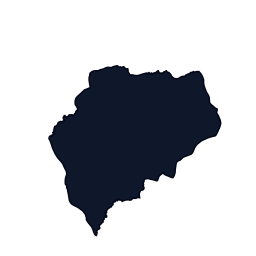 the district of Khongxedone, Saravan, Laos, rotated 323°
{"feature_id": "54806243B74103700383879", "entity_name": "Khongxedone", "entity_type": "district", "adm_level": 2, "iso_a3": "LAO", "parent_name": "Laos", "parent_adm1": "Saravan", "projection": "albers", "projection_center": [105.743, 15.558], "detail": "fine", "context": "isolated", "style": "filled", "palette": "ink", "viewbox_px": 256, "rotation_deg": 323, "n_neighbors": 0, "source": "geoboundaries", "source_scale": "gbopen_adm2", "svg_char_len": 5635}
<svg xmlns="http://www.w3.org/2000/svg" viewBox="0 0 256 256"><g transform="rotate(323 128 128)"><path d="M157.6,74.1L156.9,71.8L153.6,70.3L151.0,69.7L147.9,67.0L146.5,66.6L143.9,66.1L141.0,64.8L138.6,64.3L137.3,63.3L134.8,61.7L132.9,61.3L130.5,61.5L129.3,62.8L127.3,64.3L125.7,66.4L123.8,69.9L123.4,71.0L122.0,73.0L115.8,71.4L115.0,71.6L106.4,72.4L104.2,73.0L102.2,74.5L100.7,76.4L100.3,77.0L100.0,77.8L99.9,79.8L99.5,82.0L99.3,82.5L99.0,82.7L98.7,83.2L98.2,83.5L97.8,83.5L97.4,83.2L97.2,83.2L96.9,83.5L96.0,83.6L95.7,83.8L95.7,84.6L95.4,84.8L94.8,84.8L94.3,84.5L93.8,84.5L93.5,84.7L92.9,85.4L92.4,85.4L92.1,85.2L91.9,84.7L91.7,84.7L91.6,84.9L91.3,84.9L91.2,84.8L91.2,84.6L91.5,84.3L91.5,84.1L90.8,83.4L90.0,83.1L89.8,82.7L89.5,82.5L88.8,82.2L88.5,82.2L87.6,82.7L87.1,82.5L86.3,82.6L85.7,82.2L85.5,81.6L85.0,81.1L85.0,80.0L84.7,79.8L84.2,80.5L83.9,80.4L83.9,80.2L83.7,80.1L83.1,80.5L82.5,80.7L82.4,81.4L82.0,81.5L81.9,81.7L82.0,82.2L81.9,82.5L82.1,83.3L81.9,83.6L81.6,83.7L81.3,83.7L80.3,83.3L79.8,83.4L79.4,83.7L79.2,83.7L78.8,83.2L78.5,83.0L78.5,82.7L78.3,82.3L78.0,82.4L77.3,82.0L76.3,81.7L75.2,81.8L74.3,82.6L73.6,82.9L72.4,83.0L72.2,83.0L71.7,83.4L71.2,83.3L70.9,82.8L70.7,82.7L70.2,82.8L69.9,83.2L69.1,83.5L68.7,83.9L68.6,84.1L69.0,84.3L69.0,84.6L68.9,84.8L67.9,84.8L67.4,84.9L67.4,85.4L67.6,86.0L67.5,86.3L66.8,86.2L66.4,86.4L65.6,86.2L65.2,86.3L65.1,86.5L65.1,86.9L65.6,87.3L65.4,88.0L64.1,88.0L63.0,88.9L62.8,88.9L62.7,88.7L62.7,87.9L62.5,87.7L62.3,87.7L61.9,88.3L61.6,88.4L61.2,87.7L60.6,87.5L60.3,87.5L59.9,87.7L59.6,88.0L59.2,88.3L58.4,89.0L58.2,91.1L57.2,94.3L55.6,99.0L54.3,105.0L54.0,109.4L54.0,110.6L54.4,115.0L54.3,117.6L53.5,121.1L52.7,125.5L52.1,126.6L51.1,128.2L48.0,130.4L46.9,131.5L46.1,132.4L44.3,134.9L44.2,136.4L44.3,137.2L43.0,138.9L42.9,140.2L41.9,142.2L39.6,146.9L37.7,150.4L37.3,152.1L37.2,154.2L37.6,155.8L40.4,161.6L41.9,166.7L42.0,168.8L42.0,171.3L40.8,174.6L39.7,176.1L39.4,177.3L39.3,179.7L39.4,181.7L39.5,185.3L38.6,188.9L38.2,189.7L37.4,193.2L37.8,194.7L38.4,194.6L39.7,193.6L40.4,192.8L40.7,192.2L40.8,191.4L42.1,191.1L43.4,191.1L44.5,191.3L45.0,191.1L45.3,190.8L45.6,190.4L45.7,189.7L45.8,189.4L46.4,188.6L46.7,188.4L47.2,188.4L47.7,188.6L48.0,188.6L48.5,188.3L49.5,188.2L50.0,187.8L50.3,187.8L50.9,188.2L51.3,188.1L52.0,187.6L52.3,186.9L52.8,186.6L53.1,186.5L54.1,186.5L54.3,186.3L54.4,185.7L55.1,185.1L55.7,185.1L56.8,186.1L57.3,186.1L57.7,185.9L58.3,184.8L58.1,184.0L58.1,183.7L58.4,182.7L58.7,182.4L59.1,182.8L59.7,182.8L60.1,182.6L60.3,182.3L60.5,181.5L61.1,181.1L61.7,180.9L62.9,180.7L63.7,180.2L64.1,180.2L65.1,180.7L65.5,180.6L66.1,180.4L66.5,180.4L66.9,180.9L68.7,180.2L69.8,180.2L70.4,179.7L71.0,178.6L71.4,178.3L71.9,178.4L72.5,178.7L73.0,179.1L73.3,179.1L73.7,179.0L74.6,178.2L75.0,178.2L75.3,178.0L75.6,178.2L75.4,179.4L75.7,179.7L76.0,179.7L76.8,179.4L77.1,179.1L77.8,179.2L78.0,179.5L77.8,180.1L78.2,180.8L79.5,181.8L79.5,182.2L79.1,182.9L79.1,183.1L80.3,183.2L80.9,183.4L81.6,183.8L82.1,183.9L82.6,183.9L83.3,184.5L83.8,184.6L84.1,184.9L85.0,185.4L85.2,185.6L85.6,186.4L85.7,186.5L86.3,186.5L86.5,186.9L87.1,187.3L88.0,187.4L88.5,187.1L89.4,187.1L89.9,187.3L92.0,188.9L92.4,189.0L92.7,189.0L93.1,188.8L93.4,189.0L94.0,189.5L94.6,189.9L95.3,190.7L96.9,188.0L97.6,187.1L99.0,186.2L100.5,185.6L101.1,185.7L102.7,186.4L103.6,186.3L104.3,185.9L104.8,185.4L105.1,184.5L105.0,183.8L105.1,183.6L105.2,183.3L106.4,182.6L106.6,182.3L106.8,181.5L107.1,181.0L108.5,180.4L109.4,179.4L110.1,179.1L110.9,179.0L111.9,179.4L113.4,180.3L114.4,181.3L115.7,183.1L117.1,184.6L119.2,187.5L119.6,187.6L120.4,187.4L123.2,185.5L124.4,185.0L128.1,184.9L129.5,185.4L129.1,186.7L129.4,187.5L133.1,193.8L134.0,194.7L135.1,194.3L136.3,193.8L138.4,192.2L139.5,191.1L140.7,189.6L145.0,185.4L146.3,184.6L147.5,184.3L150.4,185.0L152.0,184.9L153.7,184.6L154.9,184.6L162.5,186.8L164.1,186.7L165.4,186.2L169.3,183.9L172.0,182.9L173.1,182.6L178.6,182.4L181.0,182.8L186.2,184.0L190.2,185.5L192.9,186.7L193.6,186.7L195.7,185.8L199.1,184.0L201.8,182.5L204.9,180.1L206.3,177.3L207.6,172.1L207.6,170.9L207.9,169.2L210.6,166.7L209.4,163.8L209.3,162.5L208.7,160.2L208.4,158.4L208.4,157.4L208.6,156.6L211.1,152.6L211.7,151.1L212.3,146.1L214.0,140.3L215.6,137.3L217.4,135.0L218.4,131.8L218.7,129.9L218.8,128.4L218.6,125.6L217.0,124.4L215.0,123.5L214.5,123.2L214.2,122.3L214.0,122.2L213.8,122.2L213.1,122.9L212.8,123.0L212.4,122.0L212.2,121.8L211.7,121.7L211.2,121.3L210.7,121.7L210.4,121.8L207.5,120.8L205.5,120.6L204.3,120.8L203.0,119.8L201.3,119.1L199.0,119.0L196.5,118.1L194.6,116.0L194.1,113.9L194.0,112.3L194.4,110.9L194.0,108.3L193.8,108.2L193.6,107.7L193.0,106.9L192.9,106.2L193.1,105.8L193.0,105.4L192.6,105.3L191.6,105.2L190.7,104.8L190.2,105.0L189.9,105.0L189.6,105.2L189.0,105.0L188.8,104.8L188.6,104.8L188.2,105.1L187.8,105.1L187.6,104.1L187.2,103.8L186.9,103.8L186.4,103.7L186.2,103.5L186.1,103.2L186.3,102.9L186.3,102.1L186.4,101.7L186.5,101.0L186.6,100.6L186.4,100.3L186.1,100.4L185.6,100.9L185.1,100.3L184.9,100.3L184.6,100.6L184.1,100.4L183.8,100.4L183.6,100.6L183.1,100.5L182.8,100.7L182.3,99.8L181.7,99.9L180.9,99.3L179.7,99.3L179.6,98.6L179.7,98.2L179.4,98.0L178.5,97.9L178.1,97.6L178.1,96.4L177.8,96.4L177.6,97.1L176.7,96.8L176.5,96.7L176.4,95.8L176.0,95.7L175.5,96.0L175.4,95.9L175.6,95.4L175.2,95.4L175.0,94.9L170.5,93.1L169.2,92.8L166.7,91.6L164.8,89.9L164.4,89.3L163.1,87.9L162.2,87.4L161.8,87.0L161.6,86.3L161.6,85.7L161.8,85.0L161.7,84.5L161.9,83.5L162.0,82.8L162.6,82.2L162.5,81.6L162.7,81.2L163.4,81.0L163.4,80.6L163.3,80.4L162.1,79.7L161.7,79.3L161.6,77.0L161.3,76.4L160.7,76.1L159.3,75.7L158.9,75.2L158.7,74.6L157.7,74.2L157.6,74.1Z" fill="#0f172a" stroke="#020617" stroke-width="1.5"/></g></svg>